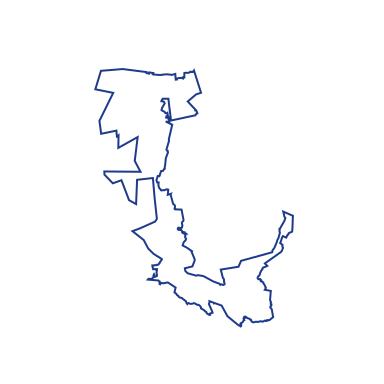 Ciudad Fernández, San Luis Potosí, Mexico, rotated 243°
{"feature_id": "50627088B46158390709615", "entity_name": "Ciudad Fernández", "entity_type": "district", "adm_level": 2, "iso_a3": "MEX", "parent_name": "Mexico", "parent_adm1": "San Luis Potosí", "projection": "orthographic", "projection_center": [-100.29, 21.991], "detail": "fine", "context": "isolated", "style": "outline", "palette": "blue", "viewbox_px": 384, "rotation_deg": 243, "n_neighbors": 0, "source": "geoboundaries", "source_scale": "gbopen_adm2", "svg_char_len": 5911}
<svg xmlns="http://www.w3.org/2000/svg" viewBox="0 0 384 384"><g transform="rotate(243 192 192)"><path d="M43.7,207.5L51.2,209.8L52.3,209.7L53.4,209.3L54.2,209.7L54.7,211.1L55.8,211.7L56.1,211.2L57.2,211.6L58.0,212.4L59.4,212.3L60.6,212.7L68.1,217.3L71.8,212.5L72.6,213.9L73.0,214.3L73.6,214.1L74.3,214.4L75.9,214.5L78.0,214.2L78.4,214.2L78.9,214.5L80.4,213.8L80.5,213.4L81.3,212.8L81.7,212.8L81.8,213.3L82.0,213.6L82.4,213.6L83.7,213.0L83.8,212.3L84.2,211.5L85.7,211.4L86.8,212.7L86.9,213.7L87.5,214.7L88.2,215.4L88.8,215.7L88.9,216.0L90.3,217.7L91.3,219.8L91.9,220.0L92.4,221.2L92.1,222.6L92.0,225.5L95.3,224.5L98.1,243.7L98.7,245.3L101.0,247.8L102.7,247.8L103.7,248.7L106.5,247.4L107.4,248.6L107.8,248.8L108.5,249.6L110.6,251.6L111.4,253.0L108.6,255.2L110.4,257.6L110.4,258.5L111.4,259.4L111.2,263.2L113.5,264.7L125.0,271.1L133.1,264.4L127.9,263.1L126.4,263.4L124.3,261.2L122.3,258.1L119.2,253.4L118.9,253.2L119.1,253.0L118.0,252.5L117.9,252.6L117.2,252.1L115.8,251.8L115.4,251.5L111.7,248.1L110.4,246.2L109.5,245.4L108.3,244.2L104.7,239.9L103.5,237.3L101.9,236.1L108.4,204.5L104.3,199.5L109.8,182.4L101.4,180.5L100.1,180.9L97.8,180.1L97.5,179.7L95.3,179.4L95.1,179.2L94.9,178.4L95.0,177.6L96.6,176.0L96.5,175.0L97.8,174.8L102.7,170.3L111.9,164.0L115.3,159.4L115.5,157.8L121.5,151.3L124.5,150.2L127.3,151.0L125.5,158.5L129.3,162.8L130.5,163.8L139.1,164.5L139.3,165.1L145.0,162.0L148.6,159.4L150.9,161.7L151.3,162.5L151.9,164.4L152.6,165.0L152.8,165.4L153.5,165.5L154.0,165.3L155.3,165.5L155.8,165.8L156.3,166.5L156.7,166.7L157.3,166.6L157.6,166.8L157.7,167.3L157.5,167.8L158.2,167.5L158.7,166.6L158.7,165.9L159.4,165.3L160.2,165.0L160.3,165.3L160.3,166.1L161.1,165.2L162.4,165.3L163.0,165.2L164.1,163.1L165.0,162.5L165.4,162.5L166.1,162.9L166.4,163.5L166.0,164.3L165.3,165.0L165.1,165.3L164.8,166.5L164.8,166.9L165.6,167.3L166.2,168.1L167.6,168.6L168.1,168.6L169.2,169.0L169.6,169.4L170.1,170.9L170.5,171.5L171.4,171.9L181.1,174.7L183.8,169.8L184.1,169.7L184.2,169.1L184.7,168.8L185.0,168.8L185.7,169.5L186.7,170.3L188.0,170.6L190.2,169.8L199.5,171.8L200.0,172.4L200.5,169.1L202.9,170.7L204.9,171.9L205.7,170.9L206.1,169.6L206.1,168.3L206.3,167.7L206.7,167.3L206.9,166.8L207.2,165.5L207.6,165.2L208.7,165.2L210.1,164.6L213.1,165.0L214.3,165.8L215.7,166.6L216.3,165.3L218.7,165.7L221.8,168.7L221.8,169.1L220.9,170.0L221.2,170.6L222.4,171.6L223.8,173.1L224.2,173.4L224.7,174.0L224.0,175.7L225.2,177.7L225.0,178.1L225.3,178.4L226.5,179.0L228.5,180.5L234.1,184.1L238.2,188.6L239.3,188.9L239.3,188.7L241.4,188.5L248.1,194.8L249.5,195.3L250.0,195.7L260.9,204.9L266.7,200.6L265.6,202.3L264.9,203.6L266.6,204.2L267.6,204.6L267.7,204.2L268.0,204.3L267.9,204.9L268.1,205.5L268.4,205.7L268.7,204.5L269.0,204.6L268.5,206.5L268.8,206.7L269.8,202.8L270.1,202.7L271.2,203.8L270.8,205.1L273.7,206.0L273.6,205.3L274.3,204.1L275.8,204.0L278.6,202.0L278.9,202.0L280.9,204.0L283.3,207.9L284.9,208.0L285.5,207.8L286.7,206.0L287.0,206.3L287.4,206.5L288.4,208.2L285.8,213.3L275.4,209.4L275.2,209.5L275.0,209.3L274.2,209.0L265.2,205.8L258.8,229.9L259.5,230.8L259.6,232.0L259.8,232.0L259.8,232.6L262.6,232.8L263.3,231.9L263.9,232.4L274.6,229.3L277.1,239.9L276.3,245.1L299.2,248.9L298.9,248.5L299.0,248.2L298.7,248.0L298.8,247.7L298.6,247.4L298.7,246.8L299.1,246.4L299.2,245.8L299.9,245.2L299.7,245.0L299.8,242.9L301.3,240.0L301.5,239.2L297.6,237.2L298.3,236.3L297.2,235.6L298.7,234.0L299.3,232.5L299.7,231.3L299.9,230.0L299.1,229.6L299.5,228.5L304.8,230.7L305.5,227.1L306.1,226.4L308.1,223.4L310.1,218.7L310.0,218.3L310.9,216.4L314.2,211.0L314.7,210.5L315.6,211.5L318.0,208.1L317.0,207.4L318.7,205.4L319.5,205.9L333.0,186.1L341.3,165.9L327.4,152.5L316.1,166.8L297.4,141.8L285.1,137.5L281.0,152.5L277.4,151.0L275.3,150.2L275.1,150.7L275.7,151.2L275.9,152.3L264.8,146.4L265.6,168.5L245.7,155.1L233.4,155.3L250.1,123.2L247.2,121.9L235.7,125.4L234.5,134.5L213.3,132.2L206.6,136.7L227.8,148.6L222.2,163.5L203.2,155.8L184.0,148.5L182.4,145.7L183.2,129.4L184.1,121.2L171.1,127.2L161.6,127.3L154.3,129.7L145.9,134.7L145.4,134.4L144.3,132.0L143.2,130.7L143.3,130.3L142.8,129.6L142.6,128.7L143.0,128.0L142.8,127.8L142.8,127.4L143.9,125.3L143.7,124.6L144.6,123.4L143.3,122.8L142.6,122.8L140.9,122.3L139.9,124.4L139.5,124.2L139.1,124.7L139.5,125.1L139.1,125.8L136.1,123.7L134.0,123.1L133.4,122.8L133.1,122.5L133.3,121.9L133.1,121.3L133.2,120.4L135.5,120.6L135.7,120.9L136.0,120.9L135.4,120.0L134.9,119.7L134.5,119.9L134.1,119.4L132.9,117.4L133.8,114.5L134.4,113.8L134.0,112.9L128.4,121.9L127.7,122.0L127.3,122.2L127.1,122.5L125.7,121.8L125.1,121.4L124.7,121.3L124.2,121.7L124.3,121.9L125.6,122.6L123.7,124.9L122.4,129.4L114.3,134.0L110.5,130.8L108.2,131.9L107.3,131.8L106.5,132.1L105.6,132.7L104.6,132.6L104.1,132.9L103.0,133.7L102.7,134.3L102.1,134.9L100.9,135.3L97.9,136.8L96.9,137.0L96.0,136.7L94.3,136.9L94.6,137.5L94.7,138.3L94.5,138.7L93.6,139.2L92.9,140.0L92.2,142.1L92.2,143.0L91.1,144.3L89.6,145.0L88.9,145.7L88.8,146.3L88.2,146.8L86.9,147.4L85.6,147.6L84.6,147.6L84.2,147.2L80.9,149.3L80.3,149.3L79.4,149.6L79.0,150.1L78.3,150.3L77.4,150.1L76.8,150.3L75.1,151.3L74.4,152.0L74.3,152.4L75.5,152.8L75.1,155.5L76.9,155.8L84.6,156.2L85.8,157.6L86.8,158.0L83.2,161.3L82.8,161.1L82.6,161.9L77.4,166.8L65.2,167.2L53.1,172.5L49.4,174.8L50.4,174.7L50.7,174.9L50.8,175.3L51.0,175.5L52.5,175.3L52.8,175.6L52.5,175.8L53.1,177.9L53.1,178.2L53.3,178.3L54.1,179.8L54.1,180.4L55.0,180.3L55.7,180.5L55.7,180.8L55.9,180.5L56.1,180.6L56.4,180.9L56.5,181.5L56.8,181.6L57.1,182.0L57.0,182.3L56.8,182.2L56.5,183.1L56.3,183.1L56.4,182.6L56.2,182.7L56.2,182.9L55.7,183.4L55.7,183.6L54.5,184.1L52.8,185.8L52.1,185.8L51.7,186.3L51.4,186.2L51.0,186.4L50.9,186.6L50.5,186.6L49.9,186.3L49.2,186.4L48.2,187.2L47.7,188.4L47.6,189.4L47.2,190.4L46.3,191.7L45.7,194.5L45.0,195.4L44.6,195.7L44.3,196.5L44.4,198.4L44.3,198.7L43.5,199.2L43.2,200.1L43.7,200.5L43.8,200.8L43.0,201.6L43.0,202.5L42.7,202.9L43.7,207.5Z" fill="none" stroke="#1e3a8a" stroke-width="2"/></g></svg>